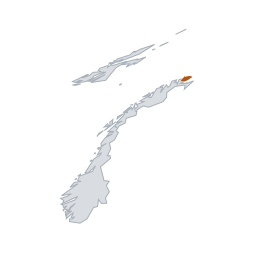 Båtsfjord nor, Finnmark, Norway (highlighted), rotated 336°
{"feature_id": "86288312B97693798592449", "entity_name": "Båtsfjord nor", "entity_type": "district", "adm_level": 2, "iso_a3": "NOR", "parent_name": "Norway", "parent_adm1": "Finnmark", "projection": "equal_earth", "projection_center": [30.184, 70.514], "detail": "fine", "context": "in_parent", "style": "filled", "palette": "amber", "viewbox_px": 256, "rotation_deg": 336, "n_neighbors": 0, "source": "geoboundaries", "source_scale": "gbopen_adm2", "svg_char_len": 5075}
<svg xmlns="http://www.w3.org/2000/svg" viewBox="0 0 256 256"><g transform="rotate(336 128 128)"><path d="M150.7,114.0L141.6,115.5L142.9,116.6L140.3,119.7L130.3,118.4L127.5,122.2L120.5,122.6L116.0,125.7L117.4,128.1L111.0,133.2L104.9,134.3L103.7,140.0L97.7,145.1L100.3,145.9L99.8,148.6L87.1,152.2L84.7,166.2L89.1,169.0L84.8,171.7L85.0,178.7L79.0,182.7L78.0,188.1L72.9,186.0L72.0,181.4L68.2,187.4L64.2,186.6L53.5,194.4L45.4,195.4L36.5,189.7L37.6,187.4L40.6,188.5L42.6,187.5L39.6,186.7L43.8,183.0L34.7,185.7L36.6,182.3L42.9,180.9L39.7,180.6L43.1,177.7L49.2,175.5L43.3,176.8L35.5,182.4L36.6,178.8L39.9,178.5L36.8,176.0L40.5,174.1L36.9,174.5L36.9,171.4L50.1,172.1L54.2,170.1L37.8,170.2L39.8,168.0L37.8,165.0L44.7,165.7L49.5,165.0L39.7,162.8L59.7,158.6L50.9,158.6L56.9,155.8L63.3,157.7L60.7,155.4L64.1,152.2L77.9,153.2L83.0,149.3L73.4,152.8L70.6,151.4L84.5,142.3L91.0,141.5L93.9,139.8L88.9,140.2L95.3,135.5L93.9,134.5L101.9,133.2L96.2,133.7L97.2,130.9L103.3,127.7L111.4,127.2L105.5,126.7L109.0,124.7L112.7,126.2L113.4,125.1L108.2,123.2L116.0,120.5L117.6,122.7L117.3,119.9L125.6,119.3L119.4,118.6L129.5,114.7L130.7,112.8L134.2,113.7L132.9,112.6L139.6,110.7L139.0,113.0L143.5,109.9L141.8,113.5L145.7,112.4L145.2,110.1L153.3,110.5L149.8,108.2L157.8,107.3L161.6,109.6L170.4,103.6L176.4,104.7L171.8,108.9L180.7,104.2L181.1,107.1L183.5,106.5L187.2,103.1L191.9,103.8L189.0,105.5L191.2,105.6L190.7,108.1L194.5,104.5L207.2,107.5L194.2,108.7L199.6,111.1L207.0,111.6L195.2,115.5L197.4,112.7L196.3,111.5L188.0,109.2L177.9,111.4L175.7,115.7L170.7,118.2L155.4,117.4L150.7,114.0ZM126.7,62.0L135.2,62.8L134.1,64.3L138.2,63.5L139.5,64.7L154.2,66.6L141.7,68.0L127.0,75.3L112.6,71.4L129.0,69.9L113.3,70.4L111.2,69.3L130.8,67.8L126.8,67.5L128.8,66.9L117.3,66.7L116.8,67.8L108.5,68.5L99.2,65.8L104.9,65.8L102.9,64.6L98.5,65.2L96.1,63.0L112.6,62.6L113.8,63.0L106.2,63.6L113.7,64.4L118.8,63.0L126.6,65.7L124.2,63.2L126.7,62.0ZM145.8,60.6L159.6,62.0L163.6,60.6L165.3,60.8L164.1,61.5L171.2,61.0L186.3,62.5L168.4,65.0L147.6,63.9L145.1,63.6L151.3,63.0L140.0,63.0L137.6,62.4L140.9,62.0L135.8,61.7L143.6,61.8L142.8,61.1L145.8,61.4L145.8,60.6ZM155.3,67.2L165.3,68.9L163.4,69.5L173.3,70.4L161.4,72.4L159.4,72.2L160.9,71.2L151.1,71.6L155.3,69.8L147.7,67.6L155.3,67.2ZM114.8,118.4L119.8,117.4L105.3,120.7L112.8,118.1L113.6,115.4L117.7,114.0L114.8,118.4ZM123.1,113.4L129.6,113.2L121.7,115.2L123.1,113.4ZM129.6,111.9L139.2,109.4L134.0,112.1L129.6,111.9ZM94.7,66.0L101.3,67.8L102.7,68.5L97.4,67.7L94.7,66.0ZM110.9,115.6L111.6,118.1L106.6,117.5L110.9,115.6ZM162.5,104.7L158.8,106.3L153.8,105.7L159.6,105.3L162.5,104.7ZM163.1,105.9L161.3,107.8L159.2,107.3L163.1,105.9ZM99.4,120.9L104.5,120.4L98.8,122.0L99.4,120.9ZM220.9,61.5L209.6,61.8L221.3,61.4L220.9,61.5ZM193.4,65.8L199.9,66.0L189.9,66.2L193.4,65.8ZM173.7,103.5L177.5,103.1L178.6,103.4L173.7,103.5ZM165.5,105.4L164.7,106.4L163.8,105.6L165.5,105.4ZM145.6,108.2L145.4,109.2L144.1,108.8L145.6,108.2ZM139.7,84.9L139.1,85.7L137.4,85.0L139.7,84.9ZM185.1,66.8L182.1,66.7L181.8,66.5L185.1,66.8ZM81.5,142.3L82.3,143.3L79.6,143.1L81.5,142.3ZM139.3,108.0L141.2,108.3L142.2,108.9L139.3,108.0ZM138.0,61.0L139.2,61.4L137.2,61.2L138.0,61.0ZM65.6,151.4L62.3,151.5L65.8,150.9L65.6,151.4ZM60.7,153.1L59.3,154.0L58.8,153.5L60.7,153.1ZM98.0,122.3L96.1,123.1L98.2,121.7L98.0,122.3ZM36.1,176.4L35.4,177.9L35.6,176.0L36.1,176.4ZM92.6,134.7L92.0,134.0L93.0,134.0L92.6,134.7ZM200.5,110.1L200.0,110.9L199.9,110.8L200.5,110.1ZM93.4,135.5L91.5,135.6L93.8,135.3L93.4,135.5ZM87.8,137.2L87.8,138.0L87.0,137.8L87.8,137.2ZM36.6,170.2L35.6,171.1L35.9,170.3L36.6,170.2Z" fill="#d9dde1" stroke="#a8b0b8" stroke-width="1"/><path d="M201.9,107.8L203.7,107.3L205.9,106.8L205.8,106.7L205.7,106.7L205.4,106.6L205.2,106.6L204.9,106.5L205.0,106.5L205.1,106.4L205.3,106.4L205.2,106.3L204.9,106.3L205.0,106.3L204.8,106.3L204.6,106.3L204.4,106.3L204.2,106.3L203.9,106.3L203.7,106.3L203.4,106.3L203.0,106.4L202.9,106.4L202.7,106.4L202.3,106.6L202.2,106.6L201.9,106.5L201.7,106.4L201.4,106.4L201.5,106.3L201.8,106.4L202.1,106.4L202.3,106.4L202.2,106.4L201.9,106.3L202.0,106.3L201.9,106.3L202.4,106.3L202.7,106.3L202.8,106.2L202.7,106.2L202.8,106.2L203.1,106.1L203.3,106.1L203.5,105.9L203.4,105.9L203.5,105.9L203.4,105.9L203.5,105.9L203.4,105.9L203.2,105.9L202.9,105.7L202.7,105.7L202.2,105.7L202.3,105.7L202.6,105.6L202.3,105.5L202.2,105.4L201.9,105.4L201.7,105.4L201.4,105.4L201.2,105.4L201.0,105.5L200.9,105.5L200.6,105.6L200.4,105.8L200.2,105.8L199.9,105.8L199.7,105.9L199.8,105.8L200.0,105.7L199.9,105.7L200.0,105.7L200.3,105.6L200.2,105.6L200.3,105.6L200.2,105.6L200.3,105.5L200.2,105.5L200.3,105.5L200.3,105.4L200.2,105.4L200.3,105.4L200.2,105.4L200.3,105.4L200.2,105.3L200.3,105.3L200.2,105.3L200.3,105.3L200.2,105.3L200.3,105.3L200.2,105.3L200.3,105.3L200.3,105.2L200.2,105.3L200.2,105.2L198.6,105.8L198.5,106.0L197.4,106.3L196.8,106.6L197.0,106.7L197.0,106.8L197.4,106.9L197.6,106.9L198.0,107.0L198.8,107.3L199.5,107.4L199.4,107.4L199.0,107.5L199.4,107.5L199.9,107.6L200.2,107.6L200.3,107.6L200.6,107.6L201.0,107.7L201.4,107.7L201.9,107.8Z" fill="#f59e0b" stroke="#b45309" stroke-width="1.5"/></g></svg>